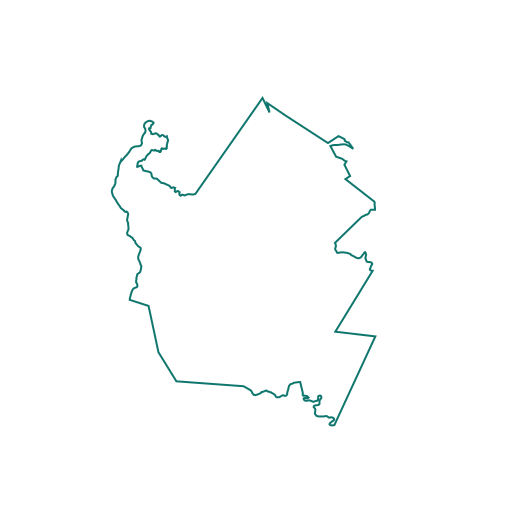 outline of San Juan Lachao, Oaxaca, Mexico, rotated 222°
{"feature_id": "50627088B81693783238627", "entity_name": "San Juan Lachao", "entity_type": "district", "adm_level": 2, "iso_a3": "MEX", "parent_name": "Mexico", "parent_adm1": "Oaxaca", "projection": "mercator", "projection_center": [-97.102, 16.205], "detail": "fine", "context": "isolated", "style": "outline", "palette": "teal", "viewbox_px": 512, "rotation_deg": 222, "n_neighbors": 0, "source": "geoboundaries", "source_scale": "gbopen_adm2", "svg_char_len": 6132}
<svg xmlns="http://www.w3.org/2000/svg" viewBox="0 0 512 512"><g transform="rotate(222 256 256)"><path d="M320.5,138.9L302.4,147.0L301.6,146.5L300.6,145.5L299.1,144.6L264.1,119.2L231.3,109.6L178.1,150.9L169.7,152.7L167.5,152.0L166.9,151.6L165.6,151.5L164.8,151.3L164.1,151.8L163.3,152.2L162.1,154.3L160.7,157.3L160.9,158.5L160.1,159.4L159.8,160.2L159.2,161.1L158.8,162.3L158.0,163.1L156.6,163.1L155.4,164.0L154.5,164.1L153.8,164.7L152.8,164.7L151.7,165.1L150.7,165.2L149.3,165.5L148.3,165.3L147.3,164.8L146.3,164.8L145.4,165.4L144.1,166.9L143.1,170.2L142.4,170.8L140.9,171.4L140.4,172.0L140.1,172.9L140.4,174.3L141.1,174.9L141.5,175.7L141.8,176.2L142.7,178.3L143.8,180.1L144.6,181.8L144.6,183.8L143.5,185.6L143.0,187.2L141.2,189.3L140.6,190.1L138.8,191.9L129.8,185.7L129.1,185.1L128.3,183.9L127.4,183.8L126.1,185.0L124.1,186.1L122.2,186.0L122.3,185.4L122.9,184.4L123.8,183.8L124.5,183.4L125.2,182.5L125.2,181.9L124.8,181.6L124.1,181.3L123.1,181.3L122.1,181.8L121.5,182.2L120.8,183.3L120.1,184.2L118.1,185.2L115.9,185.9L115.5,186.7L114.3,188.6L113.7,189.4L113.8,190.4L114.4,191.7L115.4,192.7L115.9,193.6L115.5,194.6L114.8,195.3L114.0,195.4L113.0,194.9L112.6,194.4L112.3,193.3L112.3,191.7L112.1,191.5L111.9,190.7L111.0,189.9L110.5,189.2L110.0,188.8L109.7,188.1L109.9,187.3L110.4,186.5L111.0,185.8L112.6,183.7L112.2,182.5L111.9,182.2L110.9,182.2L109.8,182.0L109.5,181.8L108.7,181.1L106.7,178.2L104.4,177.7L103.5,177.9L102.4,178.5L100.9,179.7L98.7,181.7L97.8,182.7L97.4,183.3L96.4,184.2L95.8,184.5L93.6,184.7L92.7,185.7L92.5,186.2L91.9,186.7L90.7,187.2L89.7,187.4L88.7,187.0L88.3,186.3L88.3,185.8L88.6,185.0L89.1,181.8L89.1,180.9L88.9,180.2L88.4,180.0L87.5,180.1L86.4,180.7L84.6,182.7L113.5,276.1L146.4,252.8L159.4,323.0L160.1,322.4L161.2,322.1L162.1,322.0L162.7,322.5L162.9,323.6L163.6,325.0L164.3,327.9L164.9,328.2L165.7,328.4L166.5,328.1L167.3,327.5L167.9,327.3L168.6,326.5L170.2,325.9L172.0,327.0L172.8,327.2L173.6,328.1L175.0,330.7L176.9,331.7L177.4,331.9L177.8,331.3L177.5,330.1L177.4,327.5L177.3,326.3L177.1,325.7L177.5,324.3L177.8,323.7L178.3,322.8L179.4,322.2L181.1,321.6L184.0,321.0L185.7,320.4L187.3,320.6L189.9,319.5L193.6,317.2L193.9,316.7L195.8,315.1L196.8,313.4L198.0,312.7L199.6,313.4L201.0,313.6L202.1,314.4L203.1,316.7L203.8,317.2L204.7,318.1L206.1,318.5L203.7,354.6L203.5,355.8L203.2,356.9L202.6,358.0L202.0,360.1L201.2,361.0L200.9,361.7L200.8,363.8L201.4,365.2L201.6,366.4L201.5,367.3L198.5,370.0L200.2,371.7L201.7,373.0L203.0,374.3L203.3,374.9L204.3,375.6L241.0,373.0L239.6,378.4L251.4,383.0L252.1,386.8L252.9,386.4L254.1,386.1L257.0,385.9L262.9,383.4L274.3,387.5L273.4,389.2L272.2,390.8L270.7,392.1L269.0,393.8L267.5,395.7L265.1,398.1L263.3,399.2L259.4,400.1L255.5,400.7L263.2,402.4L264.2,401.6L267.0,401.0L268.1,402.0L270.4,401.6L271.2,401.4L271.9,401.1L273.5,400.8L274.1,400.3L274.9,400.3L278.1,388.1L328.3,380.1L349.9,377.2L342.0,371.7L356.9,377.8L342.6,261.6L343.9,259.5L347.5,256.9L349.2,254.2L349.7,253.1L351.5,252.5L352.2,251.7L352.2,250.8L352.4,250.3L353.2,250.2L354.1,250.4L355.2,251.7L355.4,252.3L357.4,252.1L357.9,251.7L358.1,250.8L358.5,249.7L359.6,249.7L360.7,251.0L361.6,251.7L361.7,252.4L363.3,251.8L363.9,250.9L364.3,250.0L365.4,249.8L366.6,250.3L368.2,250.0L373.2,248.4L375.3,247.0L381.6,247.1L382.5,246.3L383.9,245.2L386.0,245.3L386.8,245.6L389.2,247.4L390.4,247.5L392.5,246.7L395.1,245.1L397.1,244.2L397.7,244.7L401.1,245.9L401.6,246.4L402.4,245.7L402.9,244.5L403.9,242.8L404.6,243.4L405.2,244.8L406.0,245.6L406.4,247.4L406.2,248.0L404.6,250.3L404.7,251.6L404.0,252.9L403.2,253.0L403.3,253.9L404.2,256.8L404.3,257.3L404.1,258.5L404.3,259.5L403.8,261.1L404.0,262.3L404.5,264.1L404.5,264.7L403.8,265.4L403.0,265.7L402.2,266.3L402.0,267.4L401.5,267.6L400.7,267.5L400.0,267.7L399.1,268.7L398.5,268.6L397.3,268.7L396.7,269.3L396.9,270.3L397.5,270.5L397.4,271.9L398.1,272.6L397.9,273.2L397.2,273.4L396.4,273.8L395.8,274.6L395.2,274.9L394.9,275.3L394.4,275.5L394.4,276.3L395.0,276.5L395.3,277.6L395.8,277.8L396.5,278.8L397.1,280.0L397.7,280.9L398.2,281.9L398.4,282.8L399.8,283.8L401.0,284.2L402.4,285.3L402.6,284.7L402.6,284.2L404.2,283.5L405.2,283.7L406.1,283.5L406.9,282.8L407.1,281.9L407.1,281.0L407.4,280.3L408.3,280.4L409.8,280.8L410.4,280.4L411.1,280.5L412.0,280.5L412.6,280.2L413.8,278.0L414.4,277.3L415.8,276.8L416.3,277.5L417.1,278.0L418.5,278.2L418.8,278.1L419.8,278.5L420.2,278.6L420.8,279.2L419.9,280.1L420.0,280.7L420.5,281.0L421.0,282.2L421.0,282.7L421.4,283.4L421.1,284.0L420.9,285.6L421.0,286.0L421.3,286.5L422.9,286.5L423.8,286.2L424.4,285.8L424.9,285.7L425.5,285.4L426.2,284.5L426.8,283.3L427.4,281.1L427.2,279.2L426.0,277.4L425.0,276.8L424.0,276.6L423.1,276.2L421.8,275.1L420.9,273.3L421.1,272.6L420.9,271.7L420.8,270.8L420.8,270.6L420.4,269.1L419.7,267.7L418.7,265.5L416.0,263.3L415.5,261.4L416.2,259.6L419.0,256.6L419.7,255.4L420.6,252.8L419.8,247.7L419.6,243.8L419.8,242.4L419.6,239.7L419.6,236.0L420.2,236.5L418.4,231.5L417.1,229.6L416.6,229.0L414.7,226.0L413.3,224.1L412.7,223.6L412.3,222.6L412.5,221.4L412.3,220.8L411.5,218.6L410.5,217.7L410.3,217.3L409.0,215.8L408.6,214.8L408.4,213.5L408.0,212.8L407.9,210.5L407.0,208.4L406.5,207.7L405.4,206.7L404.2,206.1L402.9,205.1L398.8,204.0L398.0,203.9L394.8,202.8L392.8,202.3L390.8,201.9L388.6,201.2L386.5,201.3L384.9,201.5L383.7,201.2L383.1,201.3L382.5,201.4L382.0,202.4L380.6,202.4L379.6,202.0L379.2,201.7L378.6,201.1L378.2,200.1L377.1,198.6L376.5,197.3L375.8,196.4L374.2,195.4L373.0,194.9L372.3,194.0L371.1,193.0L368.8,190.8L368.4,190.1L368.2,189.2L367.5,187.5L366.9,186.5L365.4,185.7L362.9,186.5L361.8,186.4L360.2,186.8L359.2,186.6L357.6,186.1L355.8,186.1L354.2,185.0L352.6,184.8L351.9,184.7L350.0,184.4L349.4,184.5L348.7,184.7L347.1,184.8L346.2,184.0L346.0,183.3L345.4,182.4L344.9,181.1L343.9,178.3L342.7,176.1L341.3,174.9L337.2,173.2L336.6,172.6L334.8,172.0L334.1,171.4L333.7,170.5L332.9,169.6L332.4,168.5L331.4,166.8L331.4,165.8L332.0,163.2L330.2,159.6L329.3,158.8L328.7,157.6L328.1,157.1L327.5,156.2L326.4,156.0L324.9,155.2L323.7,153.8L323.9,152.9L324.3,151.9L324.9,150.9L325.2,149.8L325.2,148.7L324.7,146.8L323.6,144.5L323.3,143.6L322.6,142.5L321.5,140.3L320.5,138.9Z" fill="none" stroke="#0f766e" stroke-width="2"/></g></svg>